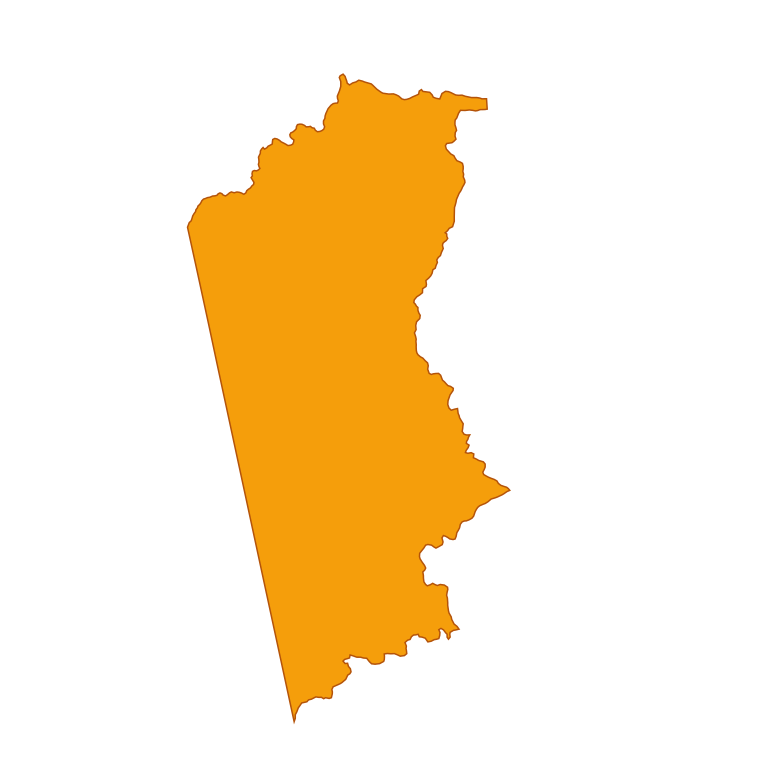 Canaã dos Carajás, Pará, Brazil, rotated 258°
{"feature_id": "56859067B37247033105126", "entity_name": "Canaã dos Carajás", "entity_type": "district", "adm_level": 2, "iso_a3": "BRA", "parent_name": "Brazil", "parent_adm1": "Pará", "projection": "albers", "projection_center": [-50.061, -6.482], "detail": "fine", "context": "isolated", "style": "filled", "palette": "amber", "viewbox_px": 768, "rotation_deg": 258, "n_neighbors": 0, "source": "geoboundaries", "source_scale": "gbopen_adm2", "svg_char_len": 6151}
<svg xmlns="http://www.w3.org/2000/svg" viewBox="0 0 768 768"><g transform="rotate(258 384 384)"><path d="M641.7,543.6L642.6,539.1L643.8,537.1L644.9,534.3L646.0,529.1L648.5,523.4L650.3,520.4L650.9,516.8L651.8,514.2L655.2,509.9L656.6,507.8L657.5,505.0L656.1,501.1L651.2,497.8L652.7,494.2L654.3,491.8L656.8,491.2L659.8,489.4L662.1,482.9L664.2,481.8L663.2,479.4L660.3,478.1L659.7,475.8L658.9,471.6L658.0,468.5L657.7,465.5L657.9,463.1L659.1,460.8L662.6,458.2L664.4,455.9L665.8,453.6L666.6,449.0L668.7,443.3L670.3,441.5L673.8,438.3L678.6,435.1L680.2,433.9L683.5,427.7L684.7,426.0L686.4,422.5L685.3,419.4L685.0,415.9L683.7,412.5L685.8,410.6L688.3,410.5L691.0,410.1L693.0,409.9L695.6,408.4L694.6,405.2L693.1,404.0L688.8,404.6L684.1,403.6L680.0,401.4L675.3,398.2L673.1,397.9L670.4,398.2L668.5,396.9L668.8,394.7L668.8,392.6L667.7,390.1L665.0,386.6L660.7,383.4L658.4,382.1L656.1,381.4L653.9,379.5L651.0,378.9L648.0,379.4L645.8,378.1L644.8,376.0L644.4,374.0L644.6,371.3L646.5,369.6L648.7,369.0L649.6,366.9L651.3,365.6L651.3,363.6L651.7,361.3L653.4,360.1L655.1,357.8L655.7,355.7L655.7,353.3L653.9,351.8L652.0,351.3L650.6,349.4L649.4,347.0L649.0,345.0L647.4,343.7L645.3,343.7L643.3,344.8L641.5,346.6L639.5,345.9L637.5,344.5L637.0,342.2L637.2,339.6L638.7,338.1L640.4,336.1L642.2,333.8L644.0,332.5L645.9,330.4L646.9,328.2L646.3,326.0L644.1,325.2L642.0,324.6L641.3,322.5L640.7,320.1L639.3,318.3L638.6,315.9L640.5,314.9L639.3,313.1L637.6,311.5L635.4,311.0L632.0,308.4L629.4,308.2L626.9,307.8L625.0,306.8L622.9,306.9L620.6,307.4L619.5,305.7L619.0,303.6L619.8,301.5L619.3,299.6L617.1,298.6L614.9,298.5L613.5,296.9L611.4,297.6L608.2,298.7L606.3,297.9L605.2,295.9L603.6,294.2L602.7,291.9L601.6,289.9L599.7,288.6L598.7,286.4L600.5,284.2L601.6,282.3L602.4,280.0L602.2,277.2L603.6,274.6L603.1,272.7L601.7,270.1L600.9,268.1L602.2,266.0L603.9,265.0L605.0,263.3L604.5,261.3L603.3,259.8L603.2,257.8L603.5,255.4L602.9,252.6L603.0,250.0L602.6,248.0L602.4,245.9L601.1,243.9L599.4,242.6L598.0,241.1L596.8,239.1L595.0,238.0L593.6,236.3L591.8,235.5L590.0,233.5L588.1,231.8L586.0,230.7L583.7,229.3L582.4,227.1L578.2,224.4L529.6,224.7L475.2,224.9L439.2,224.9L237.9,225.4L72.4,225.9L75.4,227.7L79.0,228.5L81.4,230.5L85.0,232.8L89.1,237.2L89.2,242.5L90.7,244.5L90.8,247.5L92.1,252.3L91.0,255.2L90.6,257.6L88.7,259.6L89.3,261.6L87.8,265.0L88.1,267.3L91.7,269.0L93.6,269.5L96.0,269.5L98.4,271.3L100.0,278.9L100.7,280.8L103.1,285.2L106.8,288.0L107.7,290.4L109.3,291.9L112.5,291.9L115.2,290.5L118.4,290.3L118.7,287.8L121.5,286.3L122.8,288.3L123.0,291.3L123.2,293.3L126.0,294.5L124.6,297.1L122.5,300.5L121.6,304.4L120.3,306.8L119.3,310.1L117.2,311.1L115.4,312.0L112.9,313.7L111.8,317.0L111.4,321.6L112.7,326.0L114.4,327.0L117.4,327.8L119.9,328.1L119.7,331.2L118.7,334.6L118.1,338.1L116.4,340.7L114.4,343.3L114.1,347.5L115.5,350.2L118.3,350.5L120.8,350.6L123.0,351.4L126.8,350.8L128.5,353.8L128.7,356.4L131.1,358.3L132.3,360.6L132.0,362.9L132.1,365.3L129.4,366.0L128.5,368.6L126.8,371.5L122.6,373.3L122.6,376.7L123.5,379.9L123.4,382.2L123.6,384.7L126.4,386.2L129.4,387.1L132.3,386.5L133.1,388.9L131.1,391.1L127.8,392.6L126.1,393.7L123.2,393.1L121.0,394.0L122.7,396.1L125.4,396.3L127.3,397.0L128.6,400.7L128.5,402.9L128.6,406.4L131.6,405.1L134.7,402.6L139.6,401.3L142.3,401.3L146.4,400.0L148.6,399.9L154.4,400.3L156.5,400.8L161.5,401.5L164.3,401.3L167.1,402.4L169.8,403.7L172.0,403.9L174.8,401.2L176.2,397.3L175.8,394.3L177.1,392.3L178.9,390.2L178.0,387.4L177.6,384.4L179.3,383.0L182.2,381.9L185.8,382.2L188.4,382.7L192.1,382.9L193.5,385.1L195.3,386.5L198.1,385.9L202.2,384.1L205.6,382.9L207.8,382.8L211.0,383.7L213.1,386.2L215.2,388.8L217.7,391.2L217.9,393.5L216.5,397.0L214.1,399.1L212.7,400.7L213.5,403.6L214.8,407.6L217.2,408.9L221.4,408.7L223.4,410.6L222.1,412.8L220.4,414.7L218.8,416.1L217.5,419.2L217.6,421.3L220.0,422.9L223.4,424.3L225.4,426.2L227.6,428.0L230.9,429.5L232.9,431.8L233.3,434.1L233.0,436.0L233.4,438.8L234.4,442.1L236.1,444.2L240.3,446.7L242.3,448.4L243.8,450.0L245.0,452.2L245.8,456.1L246.1,458.2L247.2,461.2L249.2,464.9L249.6,469.4L249.9,471.4L251.1,476.6L251.9,478.8L253.2,481.9L253.8,484.9L255.8,483.9L257.5,482.5L258.9,480.0L260.6,477.2L263.0,475.2L265.7,474.3L267.8,471.9L269.4,469.3L271.1,466.8L272.8,464.8L274.7,462.7L277.2,462.3L279.9,464.5L281.8,465.7L284.7,466.3L287.2,465.0L289.5,460.8L291.4,458.7L293.3,456.1L296.9,457.3L298.7,455.0L298.8,451.6L300.0,449.4L301.9,450.5L304.2,453.0L306.5,454.5L308.8,452.2L310.8,452.9L312.4,454.5L314.3,455.5L316.4,457.3L316.9,454.3L318.2,451.9L321.3,450.6L324.1,451.7L326.4,452.4L328.6,453.2L332.2,451.9L335.3,450.9L337.3,450.9L339.8,450.4L344.7,450.8L344.7,447.8L344.4,444.3L346.9,442.6L350.7,442.1L354.4,443.2L359.7,446.4L363.3,450.2L365.4,450.9L367.8,448.6L369.1,446.2L371.2,444.9L373.5,443.6L375.6,442.0L380.8,441.2L383.0,439.6L383.5,436.9L383.7,434.3L383.5,432.2L385.0,430.4L389.4,429.8L392.7,431.1L395.6,431.0L398.4,429.0L401.2,427.4L403.1,425.2L405.6,423.3L407.8,422.6L410.1,422.6L413.7,423.2L415.7,423.7L419.1,424.1L421.1,424.8L424.0,424.8L427.7,424.4L430.5,426.7L434.6,427.2L438.1,428.8L440.6,432.6L443.7,433.7L445.9,432.9L449.1,432.5L451.8,433.1L453.4,431.9L455.5,431.3L457.5,430.1L460.0,431.1L462.5,434.2L463.7,437.4L465.3,440.6L469.2,441.6L470.7,445.4L472.5,446.2L476.5,446.5L478.4,449.9L480.1,452.2L482.2,454.0L485.6,455.6L486.6,458.2L489.2,459.6L491.8,461.5L494.4,461.4L496.5,463.4L497.9,465.9L500.7,467.5L504.2,470.1L507.3,470.0L509.3,470.8L510.5,472.6L511.4,474.7L513.2,476.6L515.4,476.1L517.7,476.6L519.2,475.3L520.7,478.0L522.7,480.1L523.6,483.8L528.6,486.6L533.0,487.5L540.2,489.2L542.1,489.7L544.2,490.9L546.8,492.2L549.5,493.3L554.9,497.1L556.9,499.2L558.8,500.7L560.4,501.8L562.1,503.4L564.3,505.1L566.7,505.3L570.1,504.6L572.7,505.5L575.5,505.3L578.0,506.2L580.5,506.7L583.5,506.6L585.1,504.9L587.3,501.7L590.2,500.5L592.8,499.8L595.2,497.1L600.8,493.8L604.3,493.6L606.2,495.3L605.9,500.7L606.8,502.7L608.5,505.3L611.7,505.0L615.2,506.0L617.0,507.7L620.0,507.6L622.7,507.3L625.2,507.8L627.4,508.5L629.1,510.5L633.3,513.2L635.8,515.7L634.7,520.2L634.3,524.5L633.3,527.5L632.1,530.3L632.0,532.4L632.4,535.0L631.5,539.8L631.4,542.1L641.7,543.6Z" fill="#f59e0b" stroke="#b45309" stroke-width="1.5"/></g></svg>